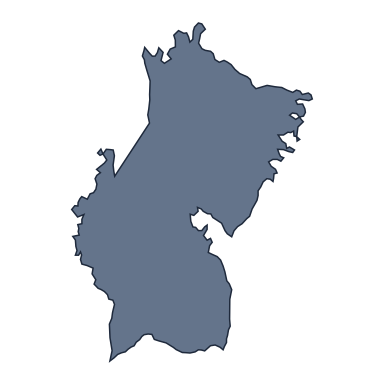 outline of Renascença, Paraná, Brazil
{"feature_id": "56859067B237930900866", "entity_name": "Renascença", "entity_type": "district", "adm_level": 2, "iso_a3": "BRA", "parent_name": "Brazil", "parent_adm1": "Paraná", "projection": "natural_earth1", "projection_center": [-52.94, -26.22], "detail": "fine", "context": "isolated", "style": "filled", "palette": "slate", "viewbox_px": 384, "rotation_deg": 0, "n_neighbors": 0, "source": "geoboundaries", "source_scale": "gbopen_adm2", "svg_char_len": 3341}
<svg xmlns="http://www.w3.org/2000/svg" viewBox="0 0 384 384"><path d="M201.8,23.9L198.4,23.0L194.5,27.1L193.3,31.1L192.8,39.3L189.9,42.1L188.5,36.8L186.6,32.9L183.8,33.3L178.5,30.6L173.8,35.2L175.3,40.0L175.4,46.9L170.2,49.1L167.4,54.2L171.2,58.9L167.8,61.1L164.4,63.3L161.0,60.6L163.1,52.4L158.8,47.8L157.4,52.6L155.1,56.1L152.3,56.2L149.4,53.1L144.7,47.4L144.0,50.5L142.4,56.0L144.4,59.8L144.8,63.2L146.8,70.1L150.1,80.9L149.9,87.6L149.6,94.5L149.8,99.9L148.8,108.9L147.8,114.9L149.5,123.1L131.3,150.9L114.7,176.2L113.8,171.3L113.1,165.1L114.4,155.8L113.2,150.0L110.1,149.6L106.3,149.3L103.0,154.0L106.8,160.0L104.4,163.1L96.6,169.4L100.4,172.7L96.8,175.4L95.1,178.7L96.9,184.1L95.9,189.2L93.5,192.7L90.1,193.8L87.3,199.2L81.7,196.6L79.8,199.0L78.1,202.5L77.9,206.0L74.8,205.7L71.7,209.5L77.6,217.0L83.9,214.5L81.9,219.3L81.9,223.7L77.8,224.6L78.8,228.4L78.2,231.7L79.2,235.1L72.8,236.4L75.4,240.0L75.9,246.5L77.0,250.5L75.4,255.2L78.6,255.2L80.5,251.9L81.6,255.0L80.5,259.4L81.9,264.1L87.0,265.5L93.1,268.1L92.1,273.9L95.8,279.7L94.1,284.1L98.1,288.3L101.0,289.5L104.4,291.5L107.5,294.7L108.8,299.1L112.9,300.2L114.5,304.4L113.3,309.3L112.5,312.8L111.8,318.3L109.4,324.1L110.0,337.8L112.1,350.7L109.9,361.0L114.1,357.8L117.7,354.4L121.5,352.8L125.4,351.8L128.1,349.2L131.2,347.0L134.1,345.8L136.2,342.2L139.7,339.6L141.8,336.5L144.1,334.7L148.1,334.0L151.9,334.4L154.3,339.4L158.9,340.9L166.1,342.9L173.4,347.4L176.2,349.6L182.3,352.5L186.2,352.7L190.0,353.0L195.1,351.9L198.4,349.8L201.3,350.0L204.7,350.9L207.7,348.2L210.5,345.7L215.2,345.0L220.0,347.2L223.1,349.8L224.4,346.5L226.5,342.5L226.5,338.8L227.5,335.6L228.5,329.8L230.2,326.2L229.6,319.2L229.8,299.2L231.7,289.7L229.3,283.9L226.8,280.8L224.9,271.9L223.1,266.1L220.6,260.1L217.2,256.6L212.5,254.5L208.3,252.5L209.6,245.7L212.2,242.3L210.5,238.4L207.1,240.2L203.5,235.5L207.1,229.4L207.1,225.1L204.7,226.9L201.8,230.6L198.4,230.6L195.7,227.4L192.9,226.9L190.8,221.3L190.2,214.2L193.8,215.4L198.1,211.3L197.5,207.4L201.3,209.0L203.2,211.3L207.5,213.7L210.8,213.9L212.8,217.5L216.7,220.0L221.6,223.2L225.1,230.8L227.3,233.8L231.7,236.8L234.0,230.8L237.6,226.6L242.1,223.7L246.8,218.6L249.6,216.3L252.1,209.0L255.4,203.2L257.0,200.3L258.1,195.5L258.1,190.8L260.7,187.0L263.1,181.9L266.8,178.7L270.2,179.2L273.0,181.5L273.6,178.3L274.0,173.8L277.1,173.0L275.5,169.3L271.2,166.3L268.6,161.9L272.8,159.4L277.3,159.4L280.9,161.2L283.7,157.8L280.6,156.5L279.2,153.8L277.6,149.3L283.5,149.6L288.8,151.6L292.7,152.5L294.5,150.0L289.5,147.0L286.7,148.4L285.8,143.6L282.1,141.2L278.1,135.0L283.5,135.0L287.9,132.2L290.7,132.6L293.6,131.1L294.0,136.0L296.7,136.7L297.9,127.0L303.3,121.8L301.2,119.5L299.5,117.0L303.5,116.1L305.4,112.4L304.9,108.9L302.6,104.0L297.4,104.3L295.7,100.8L299.3,99.0L308.9,100.6L312.3,99.0L311.0,94.9L308.3,93.0L302.3,94.5L299.9,91.2L296.4,90.1L292.8,92.4L286.9,90.1L281.8,87.5L275.3,86.8L267.1,85.4L255.9,88.7L251.9,84.6L250.3,79.5L247.3,76.9L239.6,73.5L234.9,69.4L231.1,64.6L227.2,62.0L224.0,60.4L219.3,62.3L214.9,59.5L213.2,53.7L210.6,51.3L205.1,50.3L201.9,48.7L198.6,43.2L199.6,38.9L200.6,33.7L205.3,29.2L201.8,23.9ZM299.5,117.0L295.7,119.4L289.6,115.2L292.4,113.0L296.7,113.7L299.5,117.0ZM103.0,154.0L100.9,149.1L97.6,153.0L100.0,155.3L103.0,154.0ZM296.7,136.7L297.1,141.1L299.7,139.4L296.7,136.7Z" fill="#64748b" stroke="#1e293b" stroke-width="1.5"/></svg>